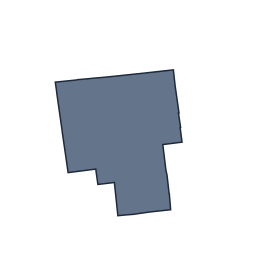 Balcarce, Buenos Aires, Argentina (Natural Earth projection), rotated 220°
{"feature_id": "61730980B79646305787935", "entity_name": "Balcarce", "entity_type": "district", "adm_level": 2, "iso_a3": "ARG", "parent_name": "Argentina", "parent_adm1": "Buenos Aires", "projection": "natural_earth1", "projection_center": [-58.205, -37.757], "detail": "fine", "context": "isolated", "style": "filled", "palette": "slate", "viewbox_px": 256, "rotation_deg": 220, "n_neighbors": 0, "source": "geoboundaries", "source_scale": "gbopen_adm2", "svg_char_len": 693}
<svg xmlns="http://www.w3.org/2000/svg" viewBox="0 0 256 256"><g transform="rotate(220 128 128)"><path d="M163.6,167.3L171.0,159.6L180.4,150.0L187.3,143.1L191.2,139.1L191.4,138.9L191.7,138.6L197.0,133.3L197.6,132.8L198.3,131.7L212.2,117.4L212.3,117.4L212.9,116.7L213.2,116.4L207.5,111.3L207.1,111.1L206.8,110.6L198.4,103.0L176.3,83.2L175.4,82.3L155.9,64.9L145.2,55.3L126.3,75.8L114.8,65.4L103.4,77.5L79.4,54.3L74.1,59.7L68.4,65.3L57.4,77.6L52.7,82.5L42.8,92.8L54.3,104.4L54.7,104.5L67.5,116.7L69.8,118.5L72.0,120.2L90.7,137.7L77.5,151.9L88.3,161.8L88.0,162.2L98.9,171.8L98.5,172.2L119.0,190.6L130.6,201.7L155.2,176.0L163.6,167.3Z" fill="#64748b" stroke="#1e293b" stroke-width="1.5"/></g></svg>